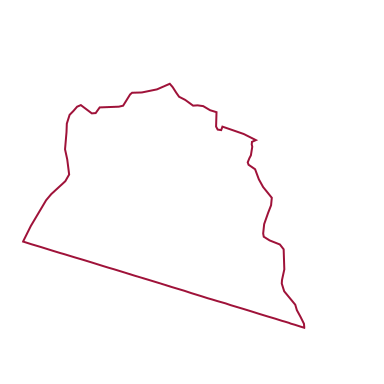 Nara, Koulikoro, Mali (Equal Earth projection), rotated 197°
{"feature_id": "8926073B7074311745372", "entity_name": "Nara", "entity_type": "district", "adm_level": 2, "iso_a3": "MLI", "parent_name": "Mali", "parent_adm1": "Koulikoro", "projection": "equal_earth", "projection_center": [-7.752, 14.805], "detail": "fine", "context": "isolated", "style": "outline", "palette": "rose", "viewbox_px": 384, "rotation_deg": 197, "n_neighbors": 0, "source": "geoboundaries", "source_scale": "gbopen_adm2", "svg_char_len": 1562}
<svg xmlns="http://www.w3.org/2000/svg" viewBox="0 0 384 384"><g transform="rotate(197 192 192)"><path d="M146.1,260.3L159.6,262.6L173.0,263.1L182.0,263.4L182.2,259.7L185.7,259.2L188.1,261.6L191.9,275.5L198.6,275.5L206.4,277.4L212.0,276.5L216.2,274.9L225.5,278.1L232.2,279.3L236.3,282.5L241.1,286.6L244.9,289.0L255.5,279.9L269.1,272.5L278.3,269.4L279.7,267.2L283.1,254.4L286.9,252.2L305.0,245.9L307.2,239.3L310.8,237.9L323.7,242.6L326.8,240.0L329.1,234.8L331.6,230.0L331.7,220.8L329.5,212.5L325.9,195.7L320.8,186.6L314.6,172.8L316.3,165.3L326.0,148.8L329.1,141.5L336.2,112.4L339.0,95.6L339.0,95.2L337.3,95.2L330.6,95.1L320.5,95.2L308.2,95.1L299.9,95.1L296.8,95.2L296.2,95.2L293.2,95.2L290.9,95.2L285.0,95.2L284.8,95.2L276.4,95.3L267.1,95.3L255.9,95.2L254.4,95.2L249.8,95.2L244.1,95.3L239.0,95.3L237.6,95.3L222.5,95.2L206.0,95.3L198.1,95.3L197.7,95.3L183.9,95.2L183.5,95.2L170.4,95.3L163.0,95.1L161.3,95.1L152.3,95.1L145.7,95.0L141.3,95.1L136.5,95.1L136.0,95.1L127.4,95.3L122.0,95.1L109.5,95.2L106.7,95.2L100.6,95.2L100.4,95.2L92.3,95.1L88.2,95.1L83.7,95.1L75.5,95.2L68.2,95.1L65.0,95.2L60.9,95.2L59.1,95.0L54.8,95.1L48.7,95.0L46.8,95.0L45.0,95.0L45.1,95.5L46.4,98.7L51.5,104.1L52.7,105.3L57.2,109.7L60.3,114.4L74.8,124.0L76.6,126.6L79.4,130.7L80.2,134.1L81.1,145.0L87.6,164.0L92.6,167.5L103.6,168.4L110.3,170.2L111.8,173.1L113.6,182.4L113.1,194.4L112.5,202.4L114.0,209.8L125.4,217.5L131.8,223.7L138.3,232.2L145.9,234.6L147.4,236.7L147.0,241.1L146.4,244.3L147.6,252.9L148.8,255.0L149.3,257.5L146.1,260.3Z" fill="none" stroke="#9f1239" stroke-width="2"/></g></svg>